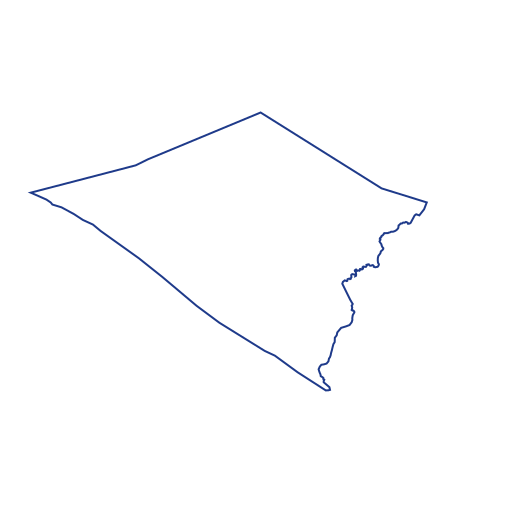 Matagorda, Texas, United States of America (Natural Earth projection), rotated 65°
{"feature_id": "52423323B77931792505034", "entity_name": "Matagorda", "entity_type": "district", "adm_level": 2, "iso_a3": "USA", "parent_name": "United States of America", "parent_adm1": "Texas", "projection": "natural_earth1", "projection_center": [-95.78, 28.81], "detail": "fine", "context": "isolated", "style": "outline", "palette": "blue", "viewbox_px": 512, "rotation_deg": 65, "n_neighbors": 0, "source": "geoboundaries", "source_scale": "gbopen_adm2", "svg_char_len": 2692}
<svg xmlns="http://www.w3.org/2000/svg" viewBox="0 0 512 512"><g transform="rotate(65 256 256)"><path d="M122.7,312.9L123.0,326.7L103.4,433.4L116.3,422.1L120.8,419.4L123.3,418.8L129.7,411.7L141.2,403.2L150.1,397.7L158.6,390.5L167.7,386.2L208.4,363.2L235.3,349.8L276.0,330.9L301.0,317.4L345.7,288.2L354.3,281.0L379.0,267.4L407.4,249.5L407.6,248.8L408.3,247.2L408.6,245.5L405.9,244.9L399.1,248.0L397.9,247.5L397.4,246.8L397.0,246.4L396.5,246.7L395.9,247.0L395.1,246.5L394.0,246.9L392.3,248.1L390.4,247.6L388.8,247.6L386.9,247.4L385.1,247.1L383.2,244.9L382.2,242.7L382.9,240.3L383.1,239.0L383.3,237.5L382.1,234.9L379.8,233.2L379.0,231.8L377.5,230.3L375.7,229.0L373.4,227.0L371.1,225.2L368.6,223.1L367.3,221.1L365.6,220.2L363.4,219.1L362.0,216.4L359.6,214.6L357.1,209.2L357.8,204.3L358.1,200.4L356.5,197.3L354.7,195.7L353.0,195.0L350.6,193.4L349.5,191.9L348.7,190.7L347.8,190.4L346.6,190.8L346.2,191.7L345.3,192.1L344.9,191.6L343.9,191.0L343.2,190.5L342.0,190.4L341.3,190.2L340.9,189.2L340.3,188.6L339.6,188.7L338.8,188.8L335.5,189.1L331.4,189.2L327.2,189.3L317.6,189.5L316.2,188.2L315.6,185.9L316.7,184.7L317.0,184.5L317.1,183.8L316.4,183.3L315.7,182.8L315.7,182.0L315.9,181.2L316.1,180.6L316.2,180.8L316.7,180.6L316.7,179.7L316.1,179.3L315.5,178.4L314.2,178.1L313.3,177.5L313.1,176.4L314.3,174.7L314.8,173.9L315.4,173.9L316.2,174.5L316.2,173.7L315.2,173.1L313.4,172.5L312.5,172.3L311.7,172.7L310.8,172.5L310.5,171.6L310.5,171.0L311.2,170.7L311.1,170.9L311.4,171.4L311.9,171.3L312.4,170.1L312.5,168.5L313.0,168.3L312.5,167.4L311.8,167.1L312.1,166.3L312.7,166.2L313.0,165.3L312.7,164.4L311.6,163.8L311.2,164.0L310.9,163.2L311.2,162.7L311.8,162.0L312.3,161.0L312.0,160.7L311.5,159.6L310.7,159.5L310.9,158.6L310.9,158.0L311.2,157.3L311.9,157.3L312.9,156.8L313.4,155.9L313.4,155.1L313.6,154.0L314.8,153.5L315.6,153.8L316.6,152.7L316.9,151.5L317.2,150.4L316.8,149.5L315.8,148.3L314.9,148.1L313.7,148.3L311.4,147.5L309.3,146.4L308.3,145.6L307.5,144.9L307.1,144.0L306.5,142.8L305.8,141.8L304.9,141.2L304.4,140.4L304.1,139.0L303.4,137.7L302.7,137.3L301.4,137.7L299.6,137.7L298.4,137.4L296.0,137.8L295.0,137.9L294.3,137.1L293.9,136.4L293.2,136.1L292.7,136.5L292.0,135.7L291.7,134.4L291.1,134.1L290.8,133.3L290.9,132.8L290.2,131.0L289.6,130.6L289.6,129.7L290.2,128.7L290.6,127.5L291.0,126.8L290.9,126.0L291.2,124.8L291.1,123.3L291.9,121.5L292.1,119.7L291.9,117.8L291.4,116.4L290.9,115.4L290.0,114.7L288.6,113.9L288.2,112.4L287.7,111.2L288.2,110.0L287.9,108.5L288.6,107.2L288.5,105.8L289.0,105.2L290.1,104.4L291.0,104.6L291.3,103.9L291.5,103.0L291.3,101.8L286.3,95.1L285.9,93.2L288.2,90.8L284.7,83.9L279.6,78.6L247.8,113.6L127.9,191.2L122.7,312.9Z" fill="none" stroke="#1e3a8a" stroke-width="2"/></g></svg>